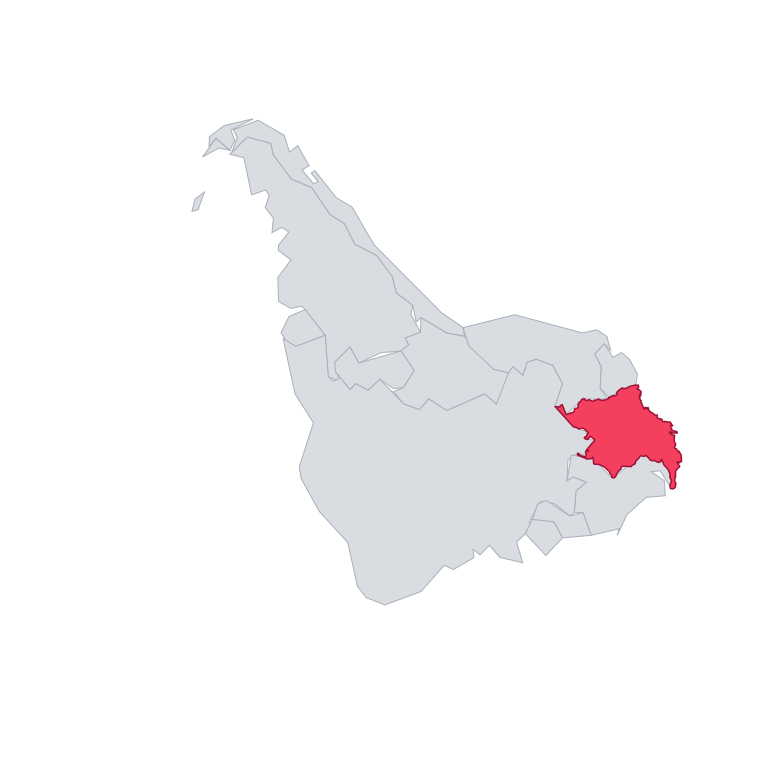 Colombia on a map of South America (Robinson projection), rotated 129°
{"feature_id": "COL", "entity_name": "Colombia", "entity_type": "country or territory", "adm_level": 0, "iso_a3": "COL", "parent_name": "South America", "parent_adm1": "", "projection": "robinson", "projection_center": [-72.763, 4.099], "detail": "fine", "context": "in_parent", "style": "filled", "palette": "rose", "viewbox_px": 768, "rotation_deg": 129, "n_neighbors": 12, "source": "natural_earth", "source_scale": "50m", "svg_char_len": 10122}
<svg xmlns="http://www.w3.org/2000/svg" viewBox="0 0 768 768"><g transform="rotate(129 384 384)"><path d="M299.3,650.9L304.7,660.9L321.7,667.9L298.8,669.3L299.3,650.9ZM383.1,460.3L375.1,496.6L383.9,504.0L386.2,517.9L368.0,533.5L346.1,534.4L346.7,550.3L342.4,553.3L325.8,553.6L326.5,562.0L336.9,566.3L324.7,574.3L321.6,587.4L309.7,591.8L307.6,598.1L320.4,605.9L296.3,635.2L302.5,648.5L278.0,645.7L268.2,623.4L275.4,614.4L283.0,585.3L276.8,563.7L286.3,532.1L284.2,515.8L293.7,494.6L288.7,470.2L295.3,445.2L305.4,431.7L304.7,411.2L312.8,407.0L320.9,388.1L334.9,396.4L337.9,389.4L346.4,389.8L361.0,405.7L383.5,416.8L376.7,433.7L398.1,435.9L410.3,420.1L413.4,431.9L383.1,460.3Z" fill="#d9dde1" stroke="#a8b0b8" stroke-width="1"/><path d="M299.3,650.9L298.8,669.3L309.4,669.5L301.7,675.3L283.7,670.8L260.2,652.6L283.1,662.8L288.6,653.3L299.3,650.9ZM296.3,351.4L304.9,367.1L309.2,397.0L315.5,398.0L304.7,411.2L305.4,431.7L295.3,445.2L288.7,470.2L293.7,494.6L284.2,515.8L286.3,532.1L276.8,563.7L283.0,585.3L275.4,614.4L268.2,623.4L278.0,645.7L299.7,648.1L284.9,653.1L281.1,661.0L258.3,647.8L253.5,618.0L263.3,603.4L253.1,601.0L261.6,579.5L269.2,582.5L272.8,564.8L268.2,562.5L266.0,573.2L261.7,572.0L269.3,538.1L266.6,520.1L282.1,479.3L292.4,384.3L290.4,358.0L296.3,351.4Z" fill="#d9dde1" stroke="#a8b0b8" stroke-width="1"/><path d="M347.8,644.4L365.6,638.2L370.6,641.9L359.3,647.3L347.8,644.4Z" fill="#d9dde1" stroke="#a8b0b8" stroke-width="1"/><path d="M383.1,460.3L410.2,476.1L414.0,482.0L408.9,496.3L391.3,500.3L375.8,492.1L383.1,460.3Z" fill="#d9dde1" stroke="#a8b0b8" stroke-width="1"/><path d="M412.3,490.9L410.2,476.1L383.1,460.3L413.4,431.9L413.8,425.1L406.6,421.7L409.6,406.9L401.4,406.4L398.8,392.6L382.9,390.3L387.0,356.5L381.7,340.4L367.3,340.0L365.0,318.6L328.2,299.6L328.8,284.0L306.5,294.8L289.3,294.8L289.8,281.7L276.9,286.5L269.0,281.4L263.2,264.7L271.5,245.3L294.3,236.9L298.0,209.6L293.4,195.2L299.5,191.4L294.9,185.1L312.3,182.3L315.9,190.1L327.4,193.1L344.0,180.9L337.1,178.4L332.9,164.9L346.1,167.4L364.0,155.1L369.7,156.7L369.8,176.1L377.0,188.5L400.1,184.2L400.3,178.2L423.4,181.6L435.6,163.7L445.9,184.9L442.9,200.6L456.3,201.9L456.5,210.5L462.4,204.9L484.5,213.3L486.9,223.1L521.9,224.6L555.1,244.3L561.2,263.2L557.9,277.4L530.0,312.4L523.8,353.9L509.6,389.0L501.4,397.9L458.6,414.4L447.6,447.0L412.3,490.9Z" fill="#d9dde1" stroke="#a8b0b8" stroke-width="1"/><path d="M297.0,294.3L328.8,284.0L328.2,299.6L365.0,318.6L367.3,340.0L381.7,340.4L387.0,356.5L384.0,372.0L374.7,366.7L354.6,369.1L347.6,391.6L337.9,389.4L334.9,396.4L320.9,388.1L309.2,397.0L304.9,367.1L296.3,351.4L303.5,308.1L297.0,294.3Z" fill="#d9dde1" stroke="#a8b0b8" stroke-width="1"/><path d="M294.3,236.9L271.5,245.3L263.2,264.7L269.0,281.4L276.9,286.5L289.8,281.7L289.3,294.8L297.0,294.3L303.5,308.1L301.1,342.1L290.4,358.0L248.0,326.1L219.4,261.9L208.0,252.8L206.8,240.7L215.2,229.2L214.1,238.0L227.8,239.1L233.9,225.8L251.3,213.3L254.7,200.4L270.2,219.8L293.2,223.4L288.3,232.1L294.3,236.9Z" fill="#d9dde1" stroke="#a8b0b8" stroke-width="1"/><path d="M364.0,155.1L346.1,167.4L332.9,164.9L337.1,178.4L344.0,180.9L321.5,193.6L310.2,175.6L313.7,147.3L278.6,139.6L268.4,121.0L271.4,109.8L278.5,99.8L283.3,98.4L277.7,114.8L283.9,121.1L282.8,105.3L293.8,95.1L307.1,108.9L332.2,113.0L354.9,107.5L348.5,110.1L371.2,127.8L358.8,148.5L364.0,155.1Z" fill="#d9dde1" stroke="#a8b0b8" stroke-width="1"/><path d="M396.0,183.5L380.8,189.0L372.3,184.5L369.7,156.7L358.8,148.5L371.2,127.8L391.2,148.4L384.4,164.9L396.0,183.5Z" fill="#d9dde1" stroke="#a8b0b8" stroke-width="1"/><path d="M411.3,180.0L396.0,183.5L387.8,171.1L384.4,164.9L391.2,148.4L415.4,150.3L411.3,180.0Z" fill="#d9dde1" stroke="#a8b0b8" stroke-width="1"/><path d="M252.6,201.2L251.3,213.3L233.9,225.8L227.8,239.1L214.1,238.0L219.2,222.8L210.1,219.2L210.3,209.0L216.7,193.3L226.1,188.0L252.6,201.2Z" fill="#d9dde1" stroke="#a8b0b8" stroke-width="1"/><path d="M381.6,373.8L382.9,390.3L398.8,392.6L401.4,406.4L409.6,406.9L405.1,429.3L398.1,435.9L376.7,433.7L383.5,416.8L347.6,391.6L354.6,369.1L374.7,366.7L381.6,373.8Z" fill="#d9dde1" stroke="#a8b0b8" stroke-width="1"/><path d="M283.4,97.6L281.8,98.4L278.6,99.3L278.2,99.9L276.4,103.4L274.9,104.1L274.4,104.6L273.1,106.5L272.7,107.4L271.7,109.5L271.2,112.0L270.7,115.5L270.2,116.5L269.0,118.5L268.0,120.4L267.9,120.6L268.2,120.9L269.2,120.6L270.3,120.1L270.6,120.2L271.0,121.1L271.4,121.3L271.8,121.1L272.3,121.4L273.3,125.5L275.1,127.6L275.3,128.5L275.6,130.2L274.9,131.2L274.7,134.3L274.7,135.0L274.9,135.6L275.3,136.0L276.7,136.4L277.7,138.7L278.3,139.3L279.1,139.6L281.2,139.3L282.4,139.3L284.2,139.7L284.9,139.7L285.8,139.6L287.3,138.9L287.9,138.8L288.5,138.8L289.4,139.2L290.5,139.8L291.5,140.0L292.5,139.9L292.8,140.1L297.9,147.1L298.4,146.9L298.7,147.0L299.1,147.3L299.6,147.2L300.4,146.6L301.6,146.5L303.1,146.8L305.1,146.8L307.6,146.5L309.2,146.1L309.8,145.7L310.8,145.7L312.0,146.1L312.6,146.6L313.0,147.9L312.7,148.8L311.9,149.6L311.5,150.7L311.4,152.0L311.0,152.9L310.3,153.5L310.0,154.5L310.2,155.6L310.1,157.4L309.8,159.7L309.8,161.0L310.1,161.5L310.3,162.1L310.3,163.0L310.4,163.7L310.8,164.7L311.3,166.6L311.8,167.4L312.6,168.1L314.0,170.4L313.8,171.1L313.7,171.2L312.4,172.4L310.0,174.9L309.8,175.3L309.8,175.8L310.5,175.5L311.6,175.8L311.8,176.0L312.0,176.7L312.7,177.1L313.4,177.8L314.0,178.6L314.8,179.3L314.9,179.8L314.7,180.3L315.1,181.4L315.4,181.8L315.5,182.2L315.4,182.6L315.7,183.2L316.5,185.4L316.5,186.1L316.7,186.4L316.9,187.3L317.3,188.2L317.2,188.8L317.3,189.3L315.9,189.7L315.7,189.7L315.7,186.0L315.5,185.2L313.7,181.9L313.3,181.6L312.9,181.6L312.6,181.7L312.1,182.0L311.7,182.3L310.2,184.5L309.7,184.7L309.2,184.8L308.8,184.8L308.5,184.5L307.8,183.0L307.3,182.8L307.1,183.0L306.8,184.0L307.4,185.1L298.7,185.0L298.1,185.0L297.6,184.7L297.0,184.6L296.7,184.6L296.2,184.9L295.5,184.9L295.1,185.2L294.7,185.2L294.7,190.7L295.1,190.6L295.4,190.6L295.7,190.8L296.4,190.6L297.6,190.8L297.8,190.9L298.1,190.9L298.4,190.7L298.8,190.8L299.2,191.1L299.7,192.1L299.9,192.4L299.9,193.4L299.8,193.7L300.0,194.2L300.0,194.3L299.8,194.4L299.0,194.5L298.8,194.3L298.4,194.3L298.2,194.1L298.0,193.9L297.6,193.6L297.1,193.7L296.3,194.2L296.0,194.1L295.7,194.3L295.0,194.6L293.1,194.9L293.0,201.1L293.2,201.6L294.1,202.6L294.9,203.2L295.5,203.8L296.1,204.0L296.3,204.3L296.5,204.6L296.6,205.4L296.4,206.1L296.5,206.5L297.0,207.8L297.7,208.5L297.7,209.3L298.0,209.8L298.1,210.2L298.0,210.6L297.8,212.1L297.5,213.9L293.9,236.1L293.8,236.4L293.4,235.8L292.8,235.2L292.3,234.8L291.7,233.3L290.9,232.8L290.6,232.8L290.3,233.1L289.8,233.2L289.5,233.2L287.9,232.5L293.0,223.6L293.0,223.2L292.8,222.8L291.7,222.3L291.3,221.9L290.8,221.7L290.4,221.3L289.6,221.0L289.2,220.7L288.6,220.6L288.2,220.1L286.6,219.0L286.2,218.9L285.1,219.2L284.4,219.8L283.6,220.0L282.9,220.0L282.5,219.7L282.2,219.5L281.7,219.1L280.2,218.4L279.8,218.6L278.4,219.9L277.9,219.9L277.3,220.4L276.7,220.6L275.3,220.8L273.6,220.1L272.9,220.5L272.1,220.6L271.6,220.6L271.2,220.5L270.8,220.0L269.5,219.5L269.4,218.9L269.7,217.8L269.2,215.7L269.0,215.3L268.7,215.2L268.0,215.3L267.4,214.9L266.9,214.5L266.7,214.0L266.9,213.1L266.7,212.4L266.3,212.0L266.1,211.2L265.7,210.6L265.1,210.3L264.6,210.4L264.1,210.2L263.7,209.6L263.2,209.3L262.7,208.7L261.7,208.5L261.2,208.2L260.5,207.2L260.6,206.8L260.4,206.5L259.9,204.9L259.6,204.3L258.4,203.1L257.3,202.5L257.0,201.6L256.3,201.6L255.9,201.5L255.4,201.2L254.4,200.3L253.8,200.2L253.3,200.8L251.9,200.2L250.8,199.3L249.6,199.1L248.8,198.6L247.7,197.2L247.4,196.9L245.8,196.1L245.5,196.0L244.9,196.4L244.7,196.6L244.6,197.6L244.1,197.9L243.3,197.8L242.7,197.6L242.3,197.5L242.2,197.7L242.0,197.8L241.6,197.7L240.2,197.3L239.4,196.8L239.0,196.9L238.0,196.8L237.2,196.5L237.0,196.2L236.7,194.4L235.7,193.9L235.3,193.6L234.9,192.7L233.9,192.8L232.4,192.1L230.3,190.9L228.8,189.5L227.5,188.8L227.0,188.2L226.1,187.3L225.9,186.7L224.9,185.9L225.4,184.8L226.6,183.9L228.3,184.6L228.5,183.3L227.9,182.2L228.0,180.0L228.2,179.6L228.6,179.0L229.2,178.6L229.5,178.5L230.1,178.7L230.4,178.2L231.8,178.4L232.2,178.3L232.8,177.7L233.2,177.2L233.4,176.6L233.6,176.4L234.1,176.5L234.1,176.2L234.4,175.9L235.2,175.1L235.2,174.7L234.9,174.0L235.0,173.7L236.0,173.4L237.1,171.1L237.6,171.0L237.8,169.9L238.4,169.0L239.7,166.2L239.3,166.2L239.0,166.6L238.7,166.5L238.3,166.3L238.4,165.1L238.2,164.9L237.6,165.9L237.0,164.9L237.0,164.3L237.2,163.7L237.2,163.3L236.3,163.6L236.4,163.2L236.9,162.8L237.1,162.4L237.6,162.0L237.8,161.3L238.1,159.2L238.0,158.6L237.7,158.2L237.5,156.1L237.6,154.9L237.5,154.0L237.3,153.2L236.2,152.2L237.8,151.0L238.4,150.1L237.7,148.2L236.8,146.6L236.7,145.7L237.0,145.8L237.3,145.8L237.6,143.8L237.5,143.2L237.0,142.2L236.3,142.2L235.8,140.9L235.4,140.7L235.2,139.9L234.2,138.4L233.5,137.6L234.1,135.7L234.5,135.4L234.7,134.9L234.5,133.8L234.6,133.5L234.7,133.4L234.8,133.4L235.0,133.6L235.4,134.1L235.7,134.7L235.9,134.9L236.3,134.7L237.7,133.5L237.6,133.1L237.7,132.3L238.2,131.7L238.7,131.5L238.9,131.2L238.7,130.6L238.2,129.3L237.7,128.6L237.4,127.9L237.3,127.2L236.7,126.6L237.0,126.1L237.4,125.4L237.5,125.3L237.8,125.4L238.4,126.7L239.4,127.5L240.4,128.8L240.8,129.7L241.2,129.8L241.5,130.1L241.4,130.4L241.0,130.6L240.9,131.2L241.1,131.4L241.4,131.6L242.0,131.5L242.3,130.9L242.1,128.3L241.7,126.9L241.3,126.5L241.0,126.0L241.2,125.6L241.9,125.4L242.7,124.9L245.9,122.4L246.9,120.0L247.8,119.2L248.7,118.6L249.8,118.7L250.7,118.4L251.0,117.7L250.7,116.6L250.4,116.0L250.7,115.1L251.1,113.8L251.0,112.6L251.5,111.9L251.3,111.7L250.7,112.2L250.2,112.5L251.4,110.9L251.8,109.1L252.2,108.4L253.4,107.4L253.7,106.9L254.6,106.2L256.2,104.6L256.8,104.1L259.7,105.2L260.6,105.1L260.5,105.3L260.0,105.4L259.4,105.6L259.2,106.3L259.7,106.9L260.1,107.1L260.5,106.7L260.9,105.5L261.5,104.2L261.6,102.8L262.1,102.3L262.7,102.1L264.7,102.7L265.6,102.7L268.3,102.5L272.8,98.9L274.9,98.2L276.2,97.4L277.0,95.9L277.3,94.8L277.9,94.4L278.5,94.4L278.8,94.1L278.9,93.8L280.4,92.8L281.3,92.7L282.1,92.7L283.9,93.6L284.7,95.0L284.8,96.1L283.7,97.2L283.4,97.6ZM231.8,178.0L231.6,178.2L231.2,177.8L231.1,177.4L231.3,177.1L231.6,177.2L231.8,177.4L231.8,178.0Z" fill="#f43f5e" stroke="#9f1239" stroke-width="1.5"/></g></svg>